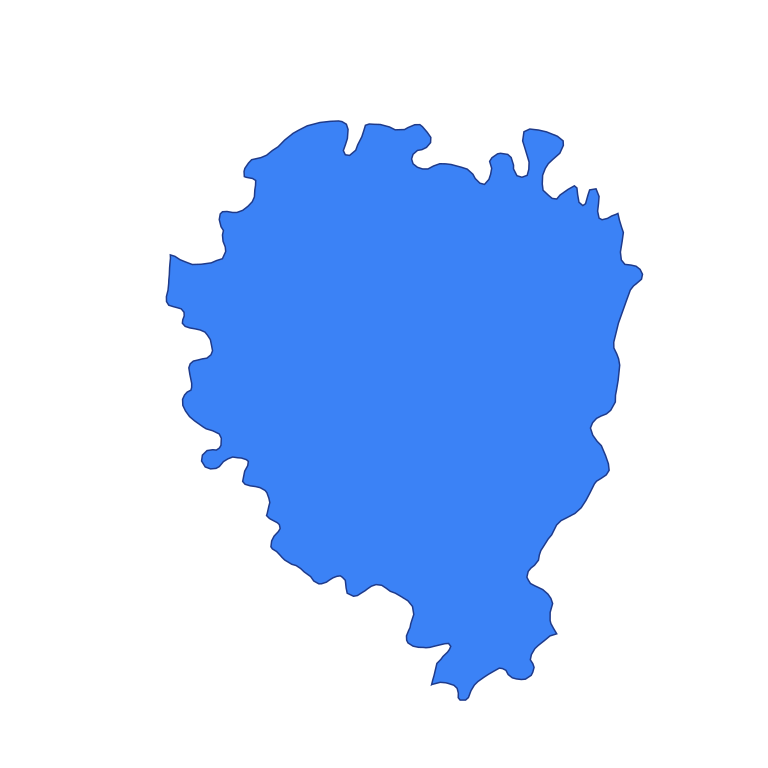 Dzyarzhynsk, Minsk, Belarus, rotated 195°
{"feature_id": "67162791B81421428715601", "entity_name": "Dzyarzhynsk", "entity_type": "district", "adm_level": 2, "iso_a3": "BLR", "parent_name": "Belarus", "parent_adm1": "Minsk", "projection": "albers", "projection_center": [27.165, 53.703], "detail": "fine", "context": "isolated", "style": "filled", "palette": "blue", "viewbox_px": 768, "rotation_deg": 195, "n_neighbors": 0, "source": "geoboundaries", "source_scale": "gbopen_adm2", "svg_char_len": 5125}
<svg xmlns="http://www.w3.org/2000/svg" viewBox="0 0 768 768"><g transform="rotate(195 384 384)"><path d="M623.8,453.4L622.8,450.2L622.0,445.3L621.2,440.9L619.6,433.8L618.8,429.0L618.0,425.4L616.9,418.7L616.8,412.1L615.4,407.3L612.3,404.4L607.7,404.2L603.1,404.2L599.3,404.1L595.7,401.5L594.6,398.0L595.0,393.9L594.5,390.5L591.0,388.2L586.1,387.9L580.6,388.4L575.5,388.6L570.4,387.8L567.3,385.6L563.2,381.9L560.4,376.3L558.2,371.7L558.7,367.4L561.8,363.1L565.9,361.3L569.8,359.1L574.1,356.8L576.4,353.4L576.7,349.1L574.1,343.2L572.6,340.2L569.9,334.8L568.9,330.9L568.9,328.1L572.0,325.3L573.8,321.8L574.6,317.1L572.8,311.3L568.8,306.6L563.4,302.2L557.5,299.4L547.8,295.8L544.2,294.7L537.4,294.5L530.2,293.1L527.1,289.5L525.6,282.6L526.4,279.6L528.8,276.8L532.4,276.2L537.7,273.9L541.0,268.3L540.3,262.4L535.2,257.6L529.6,257.1L524.4,259.0L521.7,261.6L519.0,267.5L515.4,271.3L511.3,274.3L506.2,274.9L502.6,275.6L497.3,275.3L495.0,274.1L494.5,269.9L496.0,263.8L495.6,257.6L495.3,253.3L492.3,251.2L486.9,251.0L481.4,251.7L476.8,251.8L471.3,250.4L469.0,248.7L465.6,243.8L463.6,239.9L463.6,236.1L463.3,228.7L463.4,226.5L460.3,224.7L459.0,224.2L451.1,222.4L448.7,221.1L446.9,217.5L447.8,214.2L450.8,208.6L451.9,203.4L451.1,197.5L449.1,195.8L444.4,194.4L439.8,191.6L437.6,190.1L434.4,188.3L426.5,186.0L421.9,185.9L416.8,184.2L412.4,181.8L405.0,179.0L400.8,175.5L395.2,174.1L392.6,174.9L388.3,177.7L386.0,180.5L383.1,183.6L379.8,186.0L376.5,187.4L374.1,186.5L370.6,184.4L369.3,181.1L367.8,177.2L365.4,172.4L358.5,171.1L354.9,172.8L352.1,175.9L348.7,179.5L346.9,181.9L343.9,185.4L339.8,188.2L334.1,189.0L329.0,187.3L324.3,185.4L319.0,184.9L314.1,183.6L304.8,180.8L298.9,176.5L295.6,169.1L295.9,163.9L296.1,159.3L295.8,155.5L296.4,152.3L297.1,146.5L295.8,142.4L293.8,140.1L288.1,138.3L282.5,138.6L277.5,139.8L275.3,140.1L271.7,141.4L267.6,143.7L263.2,146.1L258.0,148.9L254.5,150.1L251.6,147.9L252.1,144.5L253.2,141.5L256.5,136.1L257.8,132.7L260.6,127.8L260.2,115.4L260.3,110.9L260.2,105.9L259.9,106.2L252.5,110.4L246.9,111.4L244.5,111.4L238.5,111.1L234.6,109.0L232.2,104.7L231.1,100.2L228.7,98.4L223.4,99.8L221.3,103.0L220.6,110.3L218.8,116.6L216.3,120.9L211.4,126.8L207.9,130.7L203.7,134.9L199.1,139.4L195.9,139.8L192.1,139.0L188.9,135.5L184.0,133.4L179.8,133.4L174.9,134.1L171.0,135.5L166.4,140.7L165.7,144.2L165.7,149.1L167.8,152.3L171.3,155.5L171.6,160.8L169.8,167.4L167.4,171.3L161.7,179.0L158.5,183.6L152.5,187.4L157.2,192.0L160.8,195.8L162.4,198.7L164.4,206.4L164.3,215.6L167.3,220.1L171.3,223.5L177.4,226.5L183.2,227.6L186.1,228.1L190.9,229.2L193.8,231.9L196.0,234.4L196.2,240.3L194.4,244.3L191.7,247.9L189.2,253.8L189.7,259.0L189.4,263.7L187.4,270.0L185.3,276.8L183.0,281.7L181.9,287.1L180.8,292.5L177.6,297.9L173.3,301.7L166.0,308.5L161.5,315.5L158.8,323.8L156.9,332.1L154.9,342.0L153.5,345.2L149.9,349.0L145.8,353.7L144.2,358.9L146.6,365.0L151.4,372.1L158.1,380.7L163.3,383.8L169.1,388.6L173.2,394.9L172.5,400.6L169.8,405.8L166.1,409.2L161.4,412.7L158.2,417.3L155.9,426.5L157.5,433.1L157.9,438.7L158.8,448.2L160.1,456.4L161.2,463.2L163.9,469.0L166.8,473.1L171.3,478.3L172.9,483.8L173.3,503.5L171.4,527.2L170.4,538.5L168.4,543.3L165.9,546.7L162.4,551.9L162.7,556.9L166.3,561.0L171.0,563.0L176.2,562.8L182.3,561.9L186.9,565.3L189.8,572.6L190.9,583.5L192.0,592.3L194.9,596.6L199.0,603.2L202.2,609.3L203.7,608.0L207.5,605.3L211.0,601.8L215.9,599.1L219.2,599.9L222.4,606.2L223.5,613.8L224.8,620.8L229.7,627.4L235.6,624.7L235.9,619.2L236.0,610.3L238.1,607.8L242.7,610.0L246.0,617.1L248.4,623.3L251.4,624.7L256.6,619.6L262.8,612.2L265.0,607.4L269.6,606.8L273.7,608.7L280.5,612.3L282.9,618.2L284.8,626.7L284.0,634.0L282.3,639.4L279.1,644.6L273.9,652.4L272.5,660.9L273.9,665.2L280.6,668.2L292.3,669.6L300.5,669.3L309.2,668.0L314.1,663.9L313.0,654.7L308.7,647.9L304.3,640.8L301.3,635.9L299.7,628.9L299.7,622.6L304.3,619.4L309.5,619.6L314.6,625.3L315.5,628.9L319.8,635.7L323.9,637.8L331.2,637.0L333.9,635.7L338.3,630.5L339.6,626.4L335.8,620.2L335.3,614.2L335.6,608.8L338.6,602.8L343.4,602.8L349.1,606.1L352.4,609.6L359.2,613.1L365.4,613.4L376.0,613.4L381.4,612.6L387.1,611.2L392.6,607.4L397.2,603.1L402.3,601.7L407.8,602.0L412.9,604.2L415.6,608.5L415.4,613.4L412.1,618.3L408.0,620.2L404.2,623.5L401.5,629.2L402.6,634.3L407.5,638.4L413.5,642.5L416.5,643.8L421.4,642.4L427.3,637.8L430.0,635.1L439.0,632.4L445.2,633.7L454.8,633.7L460.7,632.3L465.6,631.3L468.9,629.1L469.1,623.1L469.4,617.1L471.3,608.2L471.8,602.5L476.4,595.9L480.7,595.4L483.7,598.9L483.2,605.2L482.9,611.7L484.6,620.6L487.6,625.2L492.5,626.6L496.0,626.3L503.9,623.8L513.6,620.0L525.0,613.5L532.3,606.9L536.7,602.6L543.1,593.9L547.7,585.7L552.3,580.6L556.6,574.6L561.5,570.8L569.9,566.4L572.1,562.3L574.2,556.3L574.2,553.1L572.6,548.2L570.7,548.0L567.7,548.2L564.2,548.5L560.6,547.4L559.5,542.6L559.0,538.0L557.6,531.2L558.4,526.0L561.3,520.6L565.4,515.2L570.5,511.6L574.6,510.5L580.3,510.0L584.6,508.6L586.2,505.9L585.7,500.2L582.1,493.7L578.8,490.7L578.6,486.1L576.4,480.2L572.8,475.3L571.2,471.0L572.5,463.2L577.7,459.9L582.2,456.3L591.7,452.3L600.1,449.8L607.9,450.6L613.3,451.3L619.0,453.2L623.8,453.4Z" fill="#3b82f6" stroke="#1e3a8a" stroke-width="1.5"/></g></svg>